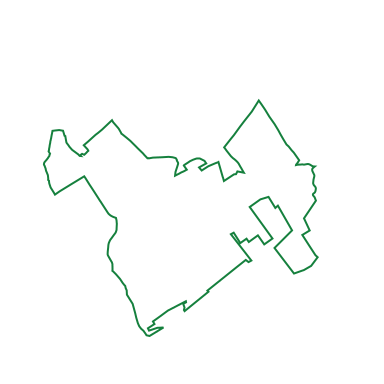 Villa de Etla, Oaxaca, Mexico (Robinson projection), rotated 328°
{"feature_id": "50627088B54456167780056", "entity_name": "Villa de Etla", "entity_type": "district", "adm_level": 2, "iso_a3": "MEX", "parent_name": "Mexico", "parent_adm1": "Oaxaca", "projection": "robinson", "projection_center": [-96.795, 17.197], "detail": "fine", "context": "isolated", "style": "outline", "palette": "green", "viewbox_px": 384, "rotation_deg": 328, "n_neighbors": 0, "source": "geoboundaries", "source_scale": "gbopen_adm2", "svg_char_len": 4870}
<svg xmlns="http://www.w3.org/2000/svg" viewBox="0 0 384 384"><g transform="rotate(328 192 192)"><path d="M235.3,315.2L243.9,317.1L245.4,317.5L253.9,317.8L264.0,313.9L263.2,311.0L263.0,300.4L262.8,286.9L271.4,287.0L272.8,275.6L273.0,273.7L292.5,265.0L293.2,261.5L292.9,259.1L293.0,258.6L293.2,258.2L293.5,257.9L294.1,257.7L295.3,257.6L296.1,257.4L297.0,256.8L297.7,256.1L298.4,255.3L299.0,254.5L299.2,253.9L299.3,252.8L299.0,250.9L299.0,250.3L299.2,249.3L299.4,248.7L301.6,245.9L302.7,244.8L303.7,243.9L304.0,243.5L304.3,243.2L304.7,242.4L305.2,238.0L305.5,237.2L305.7,236.8L306.1,236.3L306.6,236.0L307.0,235.8L308.8,235.5L309.6,235.4L308.9,234.9L308.2,234.4L307.9,233.9L307.6,233.5L307.3,232.8L306.6,231.4L306.0,230.5L305.4,229.9L305.0,229.6L304.5,229.4L304.1,229.2L301.8,228.3L300.9,227.7L300.3,227.1L299.7,226.8L298.3,226.1L296.0,224.8L294.5,224.3L294.9,223.9L295.4,223.8L296.3,223.5L299.1,222.2L299.7,221.9L299.2,212.5L298.6,209.4L298.1,204.6L297.3,201.8L297.4,195.4L297.6,190.0L297.9,185.5L298.0,178.2L297.5,169.0L297.6,161.1L297.4,155.3L297.1,149.8L291.1,152.7L285.3,155.5L279.7,157.5L273.3,159.8L268.8,161.5L267.7,161.9L262.3,164.1L257.6,166.0L252.9,167.6L242.9,171.2L243.1,173.1L243.2,175.1L243.4,176.9L243.6,178.7L243.8,180.6L244.0,182.4L244.7,185.1L245.3,186.6L245.8,188.2L246.2,189.8L246.5,191.3L246.6,192.8L246.5,194.5L246.4,196.5L246.4,198.6L246.3,199.2L246.3,199.8L246.2,203.1L241.4,198.6L238.8,200.2L237.0,199.3L224.9,199.6L225.9,196.3L226.0,195.6L230.3,180.6L230.0,180.6L228.6,180.3L227.1,180.0L219.5,178.8L211.6,178.9L211.0,174.9L217.6,175.2L219.2,175.3L219.1,172.2L216.5,167.9L216.2,167.6L213.6,166.0L210.0,165.2L206.5,164.8L204.8,164.9L199.6,165.0L199.1,165.2L199.2,167.2L199.4,170.3L195.8,170.1L193.2,169.7L190.4,169.6L189.7,169.5L188.6,169.4L186.3,169.2L188.6,166.3L190.0,165.1L192.9,162.7L195.2,160.7L195.7,159.7L195.8,157.3L196.2,156.6L196.2,154.8L195.7,154.1L193.9,152.2L190.8,149.8L184.9,146.6L181.6,144.7L177.0,142.1L174.0,140.9L173.2,140.6L172.9,140.1L172.1,139.8L171.7,137.8L171.2,135.4L170.9,133.3L169.1,126.0L168.6,123.7L167.8,120.3L167.6,119.5L167.0,116.8L166.8,116.0L166.2,114.1L165.8,112.9L165.6,112.4L165.4,111.6L165.2,111.1L163.5,106.2L163.0,105.0L163.2,104.3L163.3,102.4L163.3,102.0L163.4,99.8L163.3,98.6L162.1,91.0L162.2,88.7L156.3,89.9L148.9,91.4L143.8,92.1L140.5,92.4L136.0,93.2L130.4,94.2L125.0,95.0L126.0,100.3L126.0,100.9L125.9,102.1L124.3,102.4L124.0,102.5L123.4,102.7L122.9,102.8L122.1,103.0L121.7,103.0L121.1,103.2L120.3,103.3L119.0,101.4L117.5,101.5L116.5,101.8L116.7,102.5L115.9,101.9L115.7,101.1L115.5,99.9L112.7,92.8L112.4,91.1L112.3,90.5L112.0,88.5L112.0,87.3L111.9,86.1L111.7,84.0L111.8,83.3L113.4,79.3L114.0,77.9L114.2,77.4L113.7,76.8L115.1,71.7L112.2,69.1L108.3,67.2L106.1,66.2L104.2,68.3L103.3,69.2L102.3,70.3L101.4,71.3L100.9,71.9L100.2,72.5L99.6,73.2L98.9,73.8L98.5,74.3L98.0,74.9L97.5,75.5L96.6,76.4L95.8,77.3L94.9,78.4L94.1,79.2L93.4,80.0L93.0,80.6L92.2,81.3L91.9,81.6L91.9,82.6L91.9,84.0L91.9,84.3L91.3,84.7L90.9,84.9L90.6,85.3L90.3,85.7L89.8,86.0L89.2,86.2L88.7,86.4L88.2,86.6L87.8,86.9L86.9,87.2L86.1,87.5L85.6,87.7L84.8,87.9L84.2,88.1L83.7,88.3L83.2,88.4L82.9,88.5L82.4,88.8L82.1,89.0L81.8,89.2L81.4,89.7L81.0,90.2L80.9,90.8L80.9,91.5L80.6,92.9L80.5,93.4L80.4,93.9L80.3,94.5L79.8,95.7L79.7,96.1L79.5,96.6L79.4,97.1L79.4,97.3L78.7,101.3L78.0,102.8L77.1,104.6L76.4,105.5L76.5,106.0L76.7,106.6L76.6,106.8L76.0,108.0L75.8,108.4L75.5,109.1L74.5,113.2L74.5,115.8L74.5,119.5L74.4,121.6L78.0,121.4L80.1,121.3L80.4,121.3L91.4,121.4L92.8,121.4L108.9,121.6L109.0,123.6L109.0,131.7L109.1,134.9L109.2,140.2L109.3,148.0L109.3,148.5L109.3,149.1L109.3,150.0L109.3,150.9L109.4,151.5L109.4,152.9L109.5,158.9L109.6,164.6L109.7,166.3L110.3,168.3L110.9,169.6L112.0,171.4L112.7,172.3L113.1,172.8L113.8,173.7L113.4,174.8L112.9,176.2L111.7,178.5L111.5,179.0L108.7,183.0L107.9,184.2L106.1,185.7L105.6,186.0L104.4,186.5L102.8,187.1L99.4,188.5L97.5,189.2L96.9,189.5L95.4,190.5L94.4,191.2L93.8,191.8L93.3,192.3L92.8,192.9L91.4,194.8L90.2,196.3L88.9,198.0L88.0,199.3L87.5,200.0L87.1,201.2L87.1,201.5L87.0,203.5L86.9,205.8L86.8,208.4L86.8,209.2L86.3,211.0L85.6,212.1L85.0,213.2L84.3,214.3L83.8,215.2L82.7,216.7L83.0,217.4L83.9,221.3L84.9,227.7L85.0,232.2L85.3,234.9L85.6,236.2L84.8,238.5L84.5,240.8L82.4,244.6L82.4,247.7L82.4,251.4L82.4,255.4L79.6,264.7L78.1,269.1L76.6,274.5L76.1,277.9L76.4,281.0L77.3,284.0L77.5,287.7L77.5,289.4L79.7,291.6L96.0,291.8L90.6,288.8L82.1,286.8L82.4,284.2L90.2,284.1L90.3,281.1L95.4,280.8L108.8,279.8L128.9,281.4L128.5,282.4L125.3,282.2L124.4,286.1L122.6,287.8L122.6,289.1L153.1,285.3L152.8,283.8L154.5,283.6L190.1,279.4L201.6,278.1L202.8,281.4L206.0,281.6L202.6,248.4L205.8,248.6L205.9,260.9L213.5,260.5L213.7,264.5L224.9,263.7L225.5,274.7L235.6,274.1L233.0,235.3L246.1,234.5L254.3,236.7L254.2,249.7L257.6,249.1L256.5,277.6L232.3,283.2L235.3,315.2Z" fill="none" stroke="#15803d" stroke-width="2"/></g></svg>